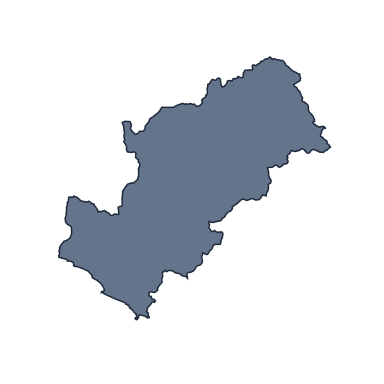 the district of Huaral, Lima, Peru, rotated 345°
{"feature_id": "86281439B90412746256760", "entity_name": "Huaral", "entity_type": "district", "adm_level": 2, "iso_a3": "PER", "parent_name": "Peru", "parent_adm1": "Lima", "projection": "orthographic", "projection_center": [-76.946, -11.358], "detail": "fine", "context": "isolated", "style": "filled", "palette": "slate", "viewbox_px": 384, "rotation_deg": 345, "n_neighbors": 0, "source": "geoboundaries", "source_scale": "gbopen_adm2", "svg_char_len": 6013}
<svg xmlns="http://www.w3.org/2000/svg" viewBox="0 0 384 384"><g transform="rotate(345 192 192)"><path d="M337.3,184.6L336.5,181.9L335.0,180.1L335.5,178.7L335.4,177.6L333.2,175.1L332.3,173.1L330.8,171.5L330.6,170.8L331.3,169.4L332.6,168.0L333.0,166.5L334.9,165.2L335.3,164.2L336.1,164.1L336.9,164.9L337.4,164.8L337.0,163.7L335.3,162.4L331.0,162.0L330.0,160.5L328.9,159.9L328.6,158.9L327.7,158.2L326.8,156.4L327.0,155.7L328.6,155.6L329.1,153.4L328.2,149.2L325.7,144.6L325.9,141.6L326.4,140.6L326.4,138.1L325.4,136.1L324.3,135.2L323.7,133.9L322.1,133.1L321.8,131.6L322.9,130.6L323.1,129.6L322.4,127.1L322.3,123.5L321.3,122.4L321.4,121.4L320.6,120.5L320.2,118.2L318.4,116.5L317.9,115.3L318.1,114.6L322.2,113.2L325.3,112.5L325.8,110.7L326.4,110.2L326.1,107.4L326.7,106.1L324.7,105.0L323.9,103.8L321.1,101.6L319.3,99.4L317.4,95.9L315.6,93.9L315.1,91.2L313.6,88.4L311.8,87.9L310.3,86.9L309.1,86.7L306.2,84.7L304.9,84.4L303.8,84.8L303.4,83.3L302.2,81.7L300.5,82.7L297.0,82.6L293.9,84.0L292.3,83.6L290.9,85.1L288.0,85.7L286.7,86.7L284.5,85.2L283.3,85.2L282.6,86.3L282.5,89.0L282.0,89.7L274.7,88.1L272.2,90.6L271.3,93.9L270.1,94.7L268.3,94.0L266.7,92.4L266.2,92.3L265.8,93.2L263.4,93.9L262.7,93.8L262.2,93.2L261.2,93.3L260.7,93.6L259.5,95.1L256.9,94.0L254.7,94.1L254.0,95.9L251.4,97.8L250.6,98.3L248.3,98.4L247.8,95.1L248.6,90.5L248.0,89.3L247.3,88.9L245.9,88.9L244.1,90.2L242.6,89.7L240.7,88.5L238.2,90.4L237.4,91.7L235.2,92.0L234.5,94.3L233.5,95.6L232.8,99.4L231.7,101.8L230.2,102.2L230.1,103.2L229.5,103.8L225.8,105.2L225.2,106.0L225.0,109.0L221.5,110.6L218.6,110.6L216.9,107.6L215.2,107.7L214.1,106.4L212.5,106.1L210.9,106.3L208.9,105.2L207.6,105.4L206.0,104.0L200.8,104.3L195.8,105.4L184.8,102.4L184.3,103.1L183.0,103.7L182.0,105.3L179.0,107.1L175.3,108.4L173.5,109.5L171.5,109.8L170.3,110.5L169.2,111.6L168.6,112.9L163.8,116.3L163.0,118.8L161.1,120.5L160.3,120.7L157.1,119.8L155.1,121.3L152.2,121.7L149.7,117.5L148.9,114.9L150.9,111.6L150.4,108.0L145.7,106.4L142.7,106.7L142.5,107.1L143.0,110.5L141.9,118.3L140.7,120.1L140.4,124.6L139.1,125.6L140.6,130.5L140.2,132.6L139.7,133.3L139.8,135.2L140.0,136.5L140.4,136.7L143.6,138.1L146.7,138.3L147.9,139.8L146.5,143.8L146.9,145.0L148.5,146.9L147.8,148.8L148.9,151.2L147.9,153.7L146.1,156.0L145.6,159.2L144.3,163.3L143.2,164.5L142.9,165.4L142.2,166.1L138.0,168.1L135.5,167.5L131.9,167.8L127.8,170.8L126.9,172.1L125.5,172.9L122.7,180.3L121.2,186.8L120.4,187.5L118.4,187.3L116.7,187.7L116.2,191.2L115.5,194.5L115.1,194.7L111.8,193.3L110.7,193.3L109.4,194.0L107.3,193.6L106.0,190.6L104.1,189.4L103.7,188.2L102.4,187.2L99.0,187.5L97.8,186.8L96.2,186.9L96.1,184.3L95.4,183.0L95.2,181.5L94.2,179.9L94.3,178.4L92.2,177.1L90.2,174.3L86.9,174.3L85.3,173.2L83.8,172.7L81.8,171.2L81.7,170.5L79.6,167.4L78.2,166.6L76.9,165.3L75.6,166.3L73.3,165.3L71.4,165.2L70.4,168.7L68.7,170.0L68.3,172.1L66.8,174.4L65.5,179.1L64.8,179.9L64.6,181.7L62.7,184.5L62.2,187.3L62.2,188.3L62.7,190.0L63.6,191.3L65.6,193.1L66.3,194.4L66.1,196.4L65.0,200.9L63.8,203.0L61.8,205.1L58.5,206.3L55.4,206.5L54.9,207.3L53.1,208.2L50.6,210.3L49.5,212.0L49.0,214.0L48.1,214.6L48.3,217.0L46.7,219.3L46.6,220.7L52.6,224.1L53.7,224.9L53.7,226.2L54.0,226.1L54.9,227.0L56.4,227.2L59.1,229.3L58.9,230.8L59.3,231.9L58.6,232.4L59.3,233.4L62.3,234.7L66.4,237.5L71.1,241.5L74.0,246.6L74.0,247.1L73.4,248.0L73.9,249.5L77.8,253.0L78.0,253.9L78.7,254.4L80.3,256.7L81.7,260.7L82.1,263.9L81.9,264.6L81.3,265.0L80.8,264.7L80.0,265.6L78.9,264.8L78.3,265.6L79.1,265.7L81.3,268.0L89.8,275.1L97.0,280.3L99.1,282.2L98.9,283.2L99.9,283.4L100.5,284.6L100.8,284.4L101.6,285.0L101.6,285.9L102.0,286.5L101.6,287.3L101.8,288.0L102.7,288.5L103.1,289.8L104.6,291.8L104.7,292.8L106.5,295.4L106.1,295.7L106.7,296.8L106.5,298.5L105.7,299.1L104.9,298.6L104.3,299.5L104.6,300.4L105.2,301.0L106.4,300.8L108.0,299.0L108.9,297.3L109.7,297.1L114.6,299.8L116.3,302.1L118.0,302.3L118.3,302.1L118.3,301.6L117.6,300.5L118.0,299.7L118.3,297.0L117.1,295.7L118.7,293.4L119.1,292.2L122.7,290.1L125.0,288.0L126.2,288.1L127.2,288.9L128.5,287.9L128.3,287.0L127.2,285.7L126.1,285.4L125.7,284.9L125.5,284.1L125.6,282.3L123.8,281.6L123.7,280.9L124.5,278.1L125.3,277.7L126.7,277.9L129.2,279.2L130.3,279.3L133.1,278.2L133.6,277.4L133.5,275.9L134.3,275.7L135.8,273.9L136.7,273.8L137.1,272.9L139.2,271.9L140.0,270.9L139.9,270.0L140.3,268.0L141.3,266.9L142.2,264.9L142.4,262.2L143.5,261.7L144.7,261.6L145.7,260.7L146.4,261.0L146.7,262.3L147.7,262.3L149.5,261.7L150.5,261.9L151.3,262.7L152.4,262.7L155.2,266.0L157.9,267.1L159.8,268.4L160.0,269.5L161.2,270.6L164.4,272.2L165.3,274.1L165.6,272.7L165.6,270.9L166.4,269.2L167.3,268.7L169.4,269.2L172.8,268.7L175.3,267.0L176.5,265.4L177.8,264.7L181.5,264.5L183.7,262.7L184.2,261.5L184.4,257.6L185.8,255.4L186.4,253.6L187.2,253.6L188.0,254.9L190.2,256.3L190.7,256.3L192.5,255.0L194.0,253.2L195.4,252.8L196.8,251.8L197.9,250.1L199.4,248.8L201.1,248.6L204.9,249.7L206.1,249.6L207.8,245.9L209.4,243.9L210.6,241.5L211.0,240.2L210.9,238.8L210.1,238.2L205.6,237.3L203.7,234.9L201.9,235.8L200.6,235.0L199.3,231.2L199.3,230.4L200.5,227.9L200.2,225.1L201.6,225.1L202.7,226.3L203.9,226.7L212.0,227.2L213.4,226.5L214.2,225.5L217.2,224.5L218.7,222.6L220.7,221.4L222.9,220.3L224.1,220.5L225.5,219.7L226.8,218.3L226.8,217.5L227.8,216.2L228.4,216.3L232.1,215.1L237.1,212.4L238.5,212.0L240.2,212.4L242.1,213.9L243.2,214.4L246.7,213.9L248.5,213.9L251.0,216.0L253.6,216.7L255.0,216.6L257.0,215.5L259.1,213.1L262.7,214.9L262.9,213.9L264.3,211.6L265.7,210.5L267.2,207.2L267.3,205.5L267.8,204.4L270.2,203.7L271.2,202.1L271.3,200.6L270.4,197.8L270.4,195.6L271.3,191.6L271.1,188.2L272.4,188.1L275.8,188.9L279.7,187.6L280.4,187.8L282.6,190.7L284.6,190.5L287.9,189.0L291.5,189.0L292.8,187.3L292.4,184.8L293.6,183.4L293.0,182.0L294.0,181.1L296.5,180.0L298.8,177.5L300.8,179.0L302.4,179.6L306.3,179.6L308.9,178.8L309.8,178.8L311.4,180.3L311.8,181.6L313.5,184.3L315.6,184.6L317.2,183.1L318.9,182.3L321.1,182.6L326.0,186.8L328.3,187.3L329.0,187.8L331.4,186.7L333.3,186.5L335.6,185.0L337.3,184.6Z" fill="#64748b" stroke="#1e293b" stroke-width="1.5"/></g></svg>